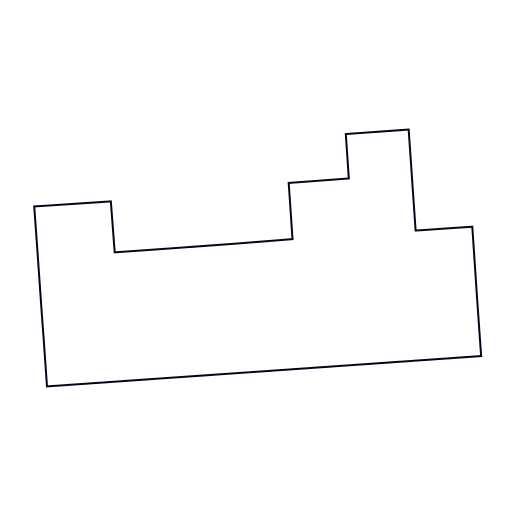 Fray Justo Santa María de Oro, Chaco, Argentina (Robinson projection), rotated 356°
{"feature_id": "61730980B15270173915808", "entity_name": "Fray Justo Santa María de Oro", "entity_type": "district", "adm_level": 2, "iso_a3": "ARG", "parent_name": "Argentina", "parent_adm1": "Chaco", "projection": "robinson", "projection_center": [-61.341, -27.818], "detail": "fine", "context": "isolated", "style": "outline", "palette": "ink", "viewbox_px": 512, "rotation_deg": 356, "n_neighbors": 0, "source": "geoboundaries", "source_scale": "gbopen_adm2", "svg_char_len": 749}
<svg xmlns="http://www.w3.org/2000/svg" viewBox="0 0 512 512"><g transform="rotate(356 256 256)"><path d="M38.4,371.5L157.2,371.5L208.3,371.5L330.8,371.5L473.6,371.5L473.6,370.6L473.6,350.1L473.6,328.8L473.6,312.8L473.6,307.9L473.8,241.9L450.3,241.8L423.7,241.8L417.0,241.7L417.0,235.9L417.1,147.1L417.1,140.5L414.3,140.5L354.1,140.6L354.0,180.8L354.0,185.1L321.1,185.3L293.7,185.4L293.7,188.5L293.7,204.3L293.6,241.7L275.6,241.9L227.7,242.3L225.8,242.3L225.6,242.3L220.3,242.3L150.9,242.5L115.3,242.5L115.0,191.4L38.5,191.1L38.2,191.1L38.3,225.6L38.3,237.9L38.3,241.6L38.3,242.1L38.3,242.6L38.3,252.3L38.3,274.3L38.3,279.1L38.3,295.4L38.3,308.1L38.4,321.4L38.4,332.9L38.4,346.9L38.4,371.5Z" fill="none" stroke="#020617" stroke-width="2"/></g></svg>